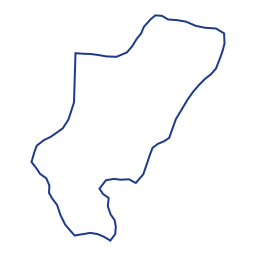 the district of Porto Real, Rio de Janeiro, Brazil
{"feature_id": "56859067B71972686895442", "entity_name": "Porto Real", "entity_type": "district", "adm_level": 2, "iso_a3": "BRA", "parent_name": "Brazil", "parent_adm1": "Rio de Janeiro", "projection": "natural_earth1", "projection_center": [-44.326, -22.446], "detail": "fine", "context": "isolated", "style": "outline", "palette": "blue", "viewbox_px": 256, "rotation_deg": 0, "n_neighbors": 0, "source": "geoboundaries", "source_scale": "gbopen_adm2", "svg_char_len": 1028}
<svg xmlns="http://www.w3.org/2000/svg" viewBox="0 0 256 256"><path d="M169.2,137.9L172.2,129.4L175.9,119.1L182.0,109.0L187.5,99.7L193.2,91.7L198.9,85.0L205.4,78.5L210.9,74.4L216.0,68.5L220.3,57.5L222.7,50.5L224.5,43.7L224.1,33.4L216.0,28.5L205.4,27.8L195.9,25.9L185.8,21.6L176.9,20.1L168.2,19.5L161.8,15.8L155.3,15.4L150.4,19.5L143.9,26.8L141.1,33.4L136.5,39.2L132.3,46.1L126.9,52.4L116.5,56.8L106.3,56.4L98.3,55.0L90.6,54.0L84.4,53.8L75.5,53.2L74.0,102.3L70.6,113.0L68.2,120.0L62.7,128.4L55.6,133.4L50.6,136.9L43.9,140.1L36.8,145.6L34.3,152.3L31.5,162.0L36.4,168.3L40.1,173.9L46.3,178.3L49.4,185.6L49.0,192.9L52.4,198.8L57.1,205.0L60.4,214.9L65.1,224.5L70.0,230.3L74.6,235.5L83.0,234.1L90.4,232.9L97.7,234.1L103.6,236.6L110.3,240.6L115.2,234.1L115.8,226.6L114.6,220.1L110.7,214.6L107.8,206.2L108.7,198.0L103.0,194.0L99.5,188.6L106.0,180.2L114.0,178.9L120.5,179.7L129.0,179.3L135.8,183.0L143.3,174.2L147.2,162.9L149.6,155.6L152.5,147.9L157.8,143.9L163.9,141.3L169.2,137.9Z" fill="none" stroke="#1e3a8a" stroke-width="2"/></svg>